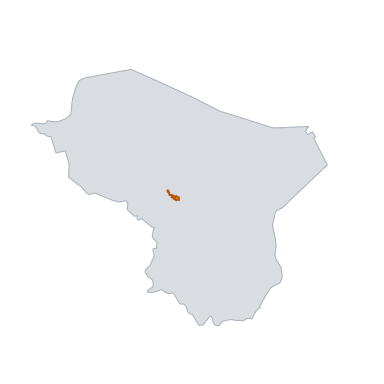 location of Al-Karkh, Baghdad, Iraq, rotated 165°
{"feature_id": "34846034B16930377854620", "entity_name": "Al-Karkh", "entity_type": "district", "adm_level": 2, "iso_a3": "IRQ", "parent_name": "Iraq", "parent_adm1": "Baghdad", "projection": "orthographic", "projection_center": [44.409, 33.178], "detail": "fine", "context": "in_parent", "style": "filled", "palette": "amber", "viewbox_px": 384, "rotation_deg": 165, "n_neighbors": 0, "source": "geoboundaries", "source_scale": "gbopen_adm2", "svg_char_len": 4957}
<svg xmlns="http://www.w3.org/2000/svg" viewBox="0 0 384 384"><g transform="rotate(165 192 192)"><path d="M156.2,62.5L158.8,61.9L163.6,58.0L166.5,54.3L167.4,54.0L169.9,55.3L171.6,55.6L175.8,54.3L178.2,55.0L180.3,56.0L181.4,56.1L186.9,58.5L188.3,58.8L191.2,59.1L195.4,59.2L198.2,57.7L200.1,56.2L201.5,56.3L202.8,56.6L203.9,57.3L204.8,58.4L205.3,59.9L205.1,64.9L205.5,66.3L206.2,67.2L207.2,67.4L208.4,66.3L210.4,64.7L212.9,63.0L214.8,61.4L215.8,60.8L217.5,60.9L219.1,61.2L220.0,61.9L220.0,62.2L220.9,64.5L223.2,73.3L224.4,74.4L225.9,75.3L226.9,76.6L227.3,77.9L227.2,80.0L227.2,82.4L227.8,84.2L228.7,85.5L229.4,86.2L230.6,86.3L231.9,86.6L232.9,88.0L235.9,98.0L236.2,99.3L237.5,99.7L239.5,99.5L241.6,100.5L243.9,102.1L246.0,105.1L247.5,105.6L251.9,105.1L258.0,105.5L260.9,107.0L260.6,108.0L258.5,109.1L254.6,110.4L253.5,112.6L252.9,115.4L253.0,117.0L254.0,118.7L256.8,122.1L257.0,123.3L257.5,125.0L258.0,126.2L257.5,128.5L255.0,130.1L251.8,131.9L245.3,139.6L244.8,141.3L244.9,145.8L244.2,147.1L242.1,147.1L240.5,146.9L240.4,148.5L239.4,150.6L238.8,152.5L241.3,156.8L241.8,159.1L241.4,161.2L239.2,164.8L237.9,167.2L238.2,167.8L240.0,168.7L245.6,176.6L247.4,179.4L249.8,178.6L250.6,178.7L251.3,179.1L251.8,180.0L251.8,181.2L251.2,183.0L254.2,183.7L255.3,185.5L258.9,191.6L258.8,193.5L257.2,196.4L257.2,198.4L257.6,200.1L258.1,200.7L263.3,200.9L265.5,201.5L271.0,204.6L277.2,209.3L282.3,213.2L286.7,216.4L291.3,216.1L292.6,216.6L293.8,217.7L295.1,220.4L298.0,226.6L300.3,228.7L303.9,233.6L307.3,238.2L305.3,244.7L303.4,251.4L303.7,260.0L303.8,264.7L308.3,264.7L313.3,264.8L313.5,270.3L313.7,275.9L313.9,282.2L315.4,282.4L317.8,283.7L318.9,285.7L320.1,286.8L321.7,286.9L323.2,287.8L324.7,289.6L325.3,291.0L325.0,292.0L325.3,293.6L326.5,296.0L327.8,297.0L329.8,298.3L327.1,299.2L324.2,298.7L318.0,296.2L316.0,296.2L313.5,297.3L313.4,298.3L306.8,295.4L304.5,294.8L303.7,294.8L300.0,294.9L294.7,295.6L291.6,297.0L289.5,298.4L288.5,299.7L288.2,300.4L286.6,304.4L284.8,309.4L282.8,313.9L279.0,320.3L276.9,323.3L272.3,328.8L267.2,330.0L255.4,329.1L242.3,328.1L229.2,327.0L219.5,326.2L218.8,325.9L209.2,318.2L201.6,312.1L192.3,304.4L182.7,296.5L173.1,288.5L166.1,282.7L157.7,275.1L150.1,268.2L144.1,262.8L136.4,258.0L130.4,254.2L121.6,248.6L114.7,244.2L108.7,240.3L99.6,234.4L96.6,232.8L87.1,230.5L78.0,228.6L68.7,226.5L62.5,225.1L66.8,221.3L65.7,217.7L62.7,218.2L59.9,218.9L58.5,213.3L60.6,212.7L59.0,205.4L57.4,197.8L55.8,190.5L54.2,183.1L62.3,178.8L68.3,175.6L76.7,171.0L84.8,166.6L92.5,162.4L100.9,157.7L108.5,153.5L115.3,152.0L116.7,150.6L120.0,144.6L122.8,139.5L122.9,138.3L123.2,130.9L123.9,122.2L124.9,117.6L126.6,113.6L128.0,110.6L128.2,107.8L128.2,105.0L126.9,100.7L125.6,96.2L125.9,91.9L126.2,89.6L127.2,85.9L128.9,83.3L130.6,81.6L136.9,80.1L140.6,79.2L145.7,74.5L148.7,71.8L152.9,67.4L155.9,64.1L156.2,63.0L156.2,62.5Z" fill="#d9dde1" stroke="#a8b0b8" stroke-width="1"/><path d="M209.1,187.9L209.0,188.0L208.9,188.2L208.8,188.3L208.5,188.4L208.3,188.4L207.9,188.4L207.7,188.5L207.6,188.4L207.4,188.2L207.3,187.8L207.3,187.7L207.2,187.6L206.9,187.5L206.7,187.5L206.6,187.4L206.5,187.5L206.5,187.8L206.4,188.0L206.6,188.2L206.6,188.3L206.6,188.5L206.4,188.7L206.3,188.8L206.2,189.0L206.3,189.1L206.5,189.3L206.4,189.5L206.2,189.7L206.1,189.8L206.0,190.0L205.9,190.1L206.0,190.2L206.2,190.4L206.5,190.6L206.7,190.8L206.9,190.8L207.0,190.9L207.3,191.0L207.5,191.3L207.8,191.7L207.8,191.8L207.9,192.0L208.0,192.2L208.1,192.3L208.3,192.1L208.3,191.9L208.5,191.7L208.7,191.8L208.8,192.0L209.0,192.1L209.5,192.2L209.8,192.4L209.9,192.5L210.0,192.7L210.0,192.8L211.0,192.6L211.3,192.6L211.5,192.7L211.9,192.8L211.8,193.1L211.7,193.2L211.6,193.3L211.9,193.5L212.1,193.6L211.9,193.8L212.0,193.9L212.1,194.1L211.9,194.2L212.1,194.3L212.3,194.5L212.5,194.6L213.1,194.6L213.3,194.7L213.7,195.0L213.8,195.3L213.8,195.5L214.1,195.7L214.2,196.0L214.2,196.9L214.3,197.3L214.4,197.9L214.3,198.2L214.5,198.2L214.6,198.3L214.7,198.6L214.6,198.8L214.4,199.2L214.4,199.5L214.5,199.7L214.6,199.9L214.8,200.1L215.1,200.1L215.3,200.0L215.4,199.8L215.5,199.7L215.6,199.1L215.6,198.9L215.6,198.6L215.3,198.6L215.2,198.4L215.1,198.2L215.1,197.9L215.1,197.6L215.0,197.2L214.9,197.0L214.8,196.7L214.7,196.4L214.5,196.1L214.4,195.9L214.4,195.6L214.5,195.4L214.7,195.2L214.8,194.9L214.7,194.8L214.3,194.7L214.1,194.6L213.9,194.6L213.5,194.5L213.3,194.4L213.1,194.4L212.9,194.2L212.6,193.9L212.6,193.5L212.7,193.2L212.8,192.9L212.9,192.7L213.1,192.5L213.3,192.2L213.2,192.1L212.7,192.0L212.1,192.0L212.0,191.9L211.9,191.7L211.9,191.4L211.9,191.0L211.9,190.6L211.8,190.2L211.6,190.1L211.4,190.1L211.2,190.2L211.1,190.4L210.9,190.5L210.5,190.7L210.1,190.9L209.8,191.0L209.7,190.9L209.5,190.6L209.5,190.4L209.4,190.3L209.4,190.1L209.7,190.0L209.9,189.9L210.1,189.9L210.4,189.9L210.8,189.8L210.9,189.7L210.7,189.3L210.5,189.0L210.2,188.8L209.9,188.5L209.8,188.4L209.6,188.3L209.6,188.1L209.5,187.8L209.4,187.8L209.2,187.8L209.1,187.9Z" fill="#f59e0b" stroke="#b45309" stroke-width="1.5"/></g></svg>